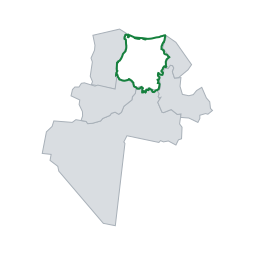 Ivory Coast shown with its bordering countries, rotated 192°
{"feature_id": "CIV", "entity_name": "Ivory Coast", "entity_type": "country or territory", "adm_level": 0, "iso_a3": "CIV", "parent_name": "Africa", "parent_adm1": "", "projection": "natural_earth1", "projection_center": [-5.78, 7.538], "detail": "fine", "context": "with_neighbors", "style": "outline", "palette": "green", "viewbox_px": 256, "rotation_deg": 192, "n_neighbors": 5, "source": "natural_earth", "source_scale": "50m", "svg_char_len": 5865}
<svg xmlns="http://www.w3.org/2000/svg" viewBox="0 0 256 256"><g transform="rotate(192 128 128)"><path d="M79.1,152.8L78.4,142.7L75.3,140.0L73.4,128.6L76.2,126.9L77.6,121.3L85.8,123.7L90.4,121.8L93.6,122.4L94.8,120.3L127.4,120.2L129.2,113.5L127.8,112.3L120.1,29.8L132.3,29.6L186.7,71.4L188.7,75.9L197.5,80.1L197.7,86.2L206.6,85.3L207.0,107.3L202.6,113.7L202.0,119.5L183.7,121.9L180.7,125.3L170.3,125.7L168.3,123.9L163.8,125.2L156.2,129.2L154.7,132.1L148.4,136.4L147.3,138.9L143.9,140.8L139.9,139.5L137.7,141.9L136.5,148.4L130.0,156.3L130.2,159.5L128.0,163.5L128.5,169.1L123.2,171.7L122.0,167.6L118.2,168.5L116.7,171.3L107.0,170.6L104.6,167.9L105.0,165.1L104.0,163.9L102.2,164.9L104.2,159.3L98.1,150.6L96.5,150.4L89.6,155.0L82.5,151.5L79.1,152.8Z" fill="#d9dde1" stroke="#a8b0b8" stroke-width="1"/><path d="M172.9,162.9L172.3,165.9L175.7,170.8L176.6,185.2L178.7,188.7L176.9,197.2L177.5,202.0L181.6,211.4L156.8,223.0L149.5,220.3L149.8,216.5L146.3,208.3L148.4,197.6L151.8,189.6L148.5,168.8L148.7,163.4L172.9,162.9Z" fill="#d9dde1" stroke="#a8b0b8" stroke-width="1"/><path d="M60.8,148.0L70.6,150.4L78.7,149.3L79.1,152.8L82.5,151.5L89.6,155.0L96.5,150.4L98.1,150.6L104.2,159.3L102.2,164.9L104.0,163.9L105.0,165.1L104.6,167.9L107.0,170.6L105.4,171.4L104.7,174.6L108.6,186.2L104.8,188.6L105.0,194.6L101.3,194.4L99.7,198.2L97.3,198.2L95.7,196.2L96.3,192.3L92.9,186.5L86.7,188.3L85.8,179.6L81.8,172.2L75.2,172.2L71.1,174.2L68.7,178.9L64.3,183.1L57.6,173.7L53.5,170.6L51.4,164.3L49.0,162.7L52.7,158.1L55.2,158.2L60.4,155.4L59.7,152.2L60.8,148.0Z" fill="#d9dde1" stroke="#a8b0b8" stroke-width="1"/><path d="M103.7,194.6L104.1,202.0L102.3,206.2L110.8,213.5L109.6,226.2L99.0,221.8L79.0,203.2L81.4,197.4L89.0,187.8L92.9,186.5L96.3,192.3L95.7,196.2L97.3,198.2L99.7,198.2L101.3,194.4L103.7,194.6Z" fill="#d9dde1" stroke="#a8b0b8" stroke-width="1"/><path d="M128.5,169.1L128.0,163.5L130.2,159.5L130.0,156.3L136.5,148.4L137.7,141.9L139.9,139.5L143.9,140.8L147.3,138.9L148.4,136.4L154.7,132.1L156.2,129.2L163.8,125.2L168.3,123.9L170.3,125.7L175.5,125.6L174.9,130.3L176.0,134.6L180.7,140.8L181.0,145.4L190.4,147.6L190.3,154.1L188.5,157.0L184.5,157.9L182.9,162.0L180.1,163.1L169.1,162.1L166.5,163.7L148.7,163.4L149.6,176.0L144.0,173.6L140.2,173.9L137.3,176.3L128.5,169.1Z" fill="#d9dde1" stroke="#a8b0b8" stroke-width="1"/><path d="M107.4,171.1L107.6,171.1L108.2,170.8L108.8,170.4L109.3,169.3L110.1,168.5L110.9,168.6L111.1,168.4L111.4,168.4L111.7,169.0L112.1,169.4L112.3,169.4L112.5,170.1L114.0,170.5L114.6,170.7L115.1,171.2L115.3,171.2L115.6,171.1L115.7,170.9L115.8,170.7L115.5,170.2L115.6,169.8L115.9,169.3L116.3,169.3L116.8,169.2L117.5,169.2L118.0,169.3L118.2,168.9L118.0,167.7L118.0,167.1L118.1,166.6L118.3,166.4L119.0,167.0L119.7,167.3L120.2,167.3L120.3,167.2L120.1,166.4L120.2,166.2L120.3,166.1L120.7,166.0L121.5,165.7L121.6,165.8L121.8,166.9L121.7,167.3L121.9,168.1L122.1,168.8L122.1,169.1L121.9,169.5L121.7,170.0L122.0,170.4L122.7,170.7L123.4,170.8L123.7,170.3L124.1,170.0L124.4,169.7L124.5,169.2L124.9,168.9L126.2,168.5L127.3,168.4L127.6,168.6L128.1,169.2L128.7,169.6L129.7,169.6L130.4,169.8L131.0,170.3L131.4,171.4L131.9,172.2L132.1,173.3L132.8,173.9L133.4,174.1L134.1,174.9L134.9,175.3L135.7,175.2L136.1,175.7L136.7,176.0L137.3,176.0L137.8,175.1L138.5,174.7L140.3,173.9L141.0,173.6L141.7,173.4L143.4,173.3L145.0,173.6L145.8,173.7L146.4,173.6L146.9,174.0L147.4,175.0L147.9,175.3L148.3,175.6L148.6,176.3L149.0,177.0L149.2,177.4L149.7,178.1L150.1,178.1L150.5,177.8L150.7,177.5L150.8,178.0L150.6,178.8L150.7,179.3L150.9,179.4L150.8,180.0L150.3,181.1L150.3,181.7L150.8,181.9L151.1,182.5L151.3,183.7L151.5,184.0L151.5,184.3L151.9,187.0L152.3,189.7L152.0,190.0L151.7,190.1L151.4,190.2L151.4,190.5L151.5,190.9L151.4,191.2L151.0,191.4L150.0,192.3L149.9,192.6L149.6,193.4L149.4,193.8L149.1,194.6L148.6,196.8L148.4,198.7L148.4,199.2L148.2,199.6L147.9,200.2L146.9,201.7L146.3,203.0L146.4,203.6L146.4,204.1L146.3,204.5L146.3,205.6L146.4,206.5L146.6,207.4L147.4,209.9L147.8,211.4L148.1,212.6L148.3,213.4L148.5,213.8L148.6,214.1L149.7,214.3L150.0,214.5L150.3,216.1L150.2,216.8L150.0,217.1L150.0,217.7L150.0,218.4L149.8,218.7L149.1,218.8L148.7,219.1L148.1,219.0L148.1,218.8L147.8,218.7L146.9,218.3L147.0,216.9L146.6,216.8L146.3,217.0L145.7,218.7L145.4,219.0L141.1,218.1L140.2,217.4L139.1,217.3L137.1,217.3L135.5,217.5L135.1,218.0L139.1,217.7L139.6,217.8L139.8,218.0L134.6,218.6L132.7,218.9L132.1,218.8L131.7,218.3L129.5,218.2L129.1,218.4L128.8,218.8L129.7,218.7L131.0,218.7L131.3,219.0L127.2,219.3L124.4,220.1L123.1,220.6L119.1,222.5L116.7,223.3L116.1,223.6L115.0,224.5L113.5,225.1L111.9,226.1L111.0,226.4L110.7,226.0L110.7,224.3L110.6,221.9L110.6,221.0L110.8,220.1L110.8,219.4L111.2,219.2L111.4,218.9L111.5,217.9L111.9,217.1L111.9,215.7L112.1,215.3L112.2,215.0L112.0,214.0L111.7,212.2L111.2,212.2L110.2,211.6L109.4,211.5L108.9,210.9L108.9,210.3L108.6,210.0L108.4,209.3L108.1,208.4L107.4,208.0L106.7,207.8L106.2,207.9L105.6,207.9L104.9,207.6L104.4,207.3L104.0,206.8L103.5,206.3L103.2,206.3L102.8,206.2L102.4,206.0L102.3,205.9L103.9,204.0L104.5,203.1L104.6,202.5L104.6,201.9L104.8,201.3L104.8,200.5L103.9,197.2L103.7,196.3L103.4,196.0L103.3,195.9L103.7,195.4L104.4,195.5L105.3,195.9L105.6,195.6L106.3,193.9L106.3,193.3L106.2,192.9L106.7,191.8L107.0,191.4L107.2,190.9L107.1,190.3L106.9,190.0L106.5,190.1L106.1,189.9L105.5,189.6L105.2,189.2L105.3,187.8L105.3,187.3L105.5,187.1L105.9,187.0L106.9,186.9L107.6,187.1L108.3,187.2L108.7,187.2L109.0,187.6L109.4,188.1L109.8,188.1L109.9,187.7L109.8,186.3L109.6,185.5L109.0,184.8L107.7,184.2L107.6,183.3L107.8,182.3L108.1,182.0L109.1,181.4L108.9,181.0L108.6,180.7L107.9,180.3L108.1,179.2L108.1,178.2L107.6,178.3L107.0,178.3L106.6,178.0L106.2,177.4L106.1,175.7L106.1,173.7L106.0,172.9L106.2,172.4L106.7,172.0L107.2,171.4L107.4,171.1ZM147.6,219.0L147.3,219.4L146.3,219.1L146.5,218.8L147.6,219.0Z" fill="none" stroke="#15803d" stroke-width="2"/></g></svg>